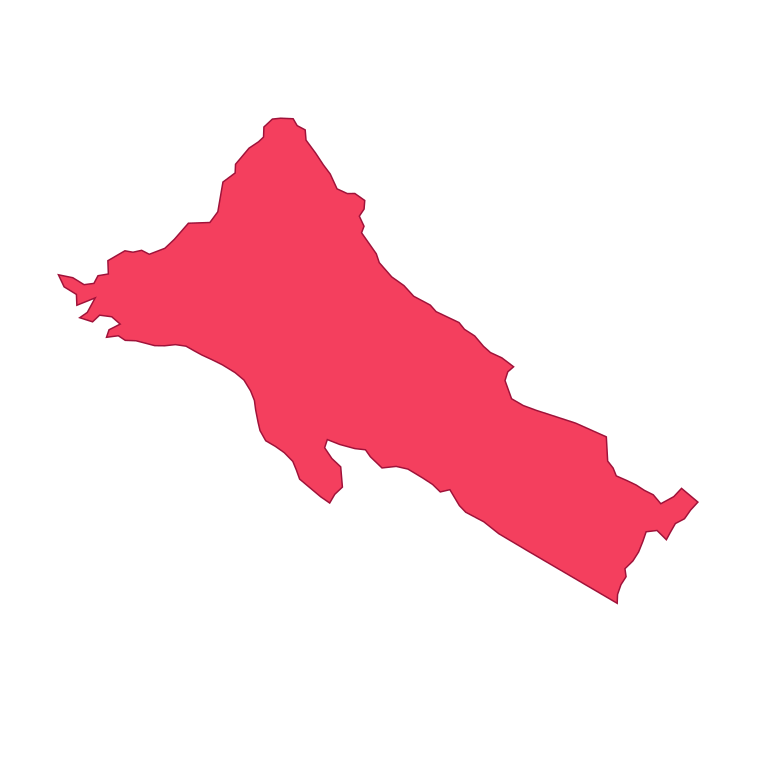 Portão, Rio Grande do Sul, Brazil, rotated 130°
{"feature_id": "56859067B47058469819557", "entity_name": "Portão", "entity_type": "district", "adm_level": 2, "iso_a3": "BRA", "parent_name": "Brazil", "parent_adm1": "Rio Grande do Sul", "projection": "natural_earth1", "projection_center": [-51.245, -29.693], "detail": "fine", "context": "isolated", "style": "filled", "palette": "rose", "viewbox_px": 768, "rotation_deg": 130, "n_neighbors": 0, "source": "geoboundaries", "source_scale": "gbopen_adm2", "svg_char_len": 1940}
<svg xmlns="http://www.w3.org/2000/svg" viewBox="0 0 768 768"><g transform="rotate(130 384 384)"><path d="M239.2,624.1L246.9,634.1L252.8,639.8L264.3,641.2L272.3,635.0L279.1,635.8L290.1,639.0L311.1,639.0L318.0,633.7L332.8,637.2L358.9,622.0L372.2,621.2L386.6,637.2L408.0,637.6L420.9,639.1L435.5,647.2L437.4,655.6L444.4,661.0L448.5,668.1L467.0,674.8L476.9,665.9L484.9,672.7L493.4,670.9L500.7,677.6L502.6,690.7L509.6,703.6L515.2,691.5L513.1,677.2L521.1,669.9L503.7,660.6L519.9,657.3L528.8,659.7L523.7,647.2L514.1,646.1L507.5,635.8L507.7,624.6L519.2,629.5L526.6,626.6L517.8,618.5L516.9,610.3L510.3,601.8L506.3,593.4L502.0,584.3L495.7,576.6L487.9,569.1L482.3,560.0L480.6,550.8L478.8,541.9L476.2,532.4L473.2,520.2L471.0,505.4L471.0,493.8L475.0,481.8L479.9,472.7L486.4,465.6L494.3,455.8L499.4,449.0L503.5,438.1L501.6,427.1L500.7,416.3L501.9,404.1L506.3,395.7L511.1,387.5L511.1,359.9L510.1,349.1L500.2,350.8L489.7,349.6L475.3,363.9L474.6,376.0L471.0,388.5L463.0,391.7L458.8,379.1L452.2,364.8L446.3,355.9L448.5,347.7L449.6,331.6L439.3,321.7L433.8,311.0L431.1,293.9L429.7,282.2L430.5,271.5L422.6,265.6L428.7,248.1L429.7,238.9L425.4,219.0L424.9,199.8L419.5,166.8L402.1,64.4L395.1,69.8L385.4,73.5L376.0,74.7L370.6,80.7L359.6,79.6L349.0,81.0L338.3,84.5L328.7,88.2L320.7,80.7L321.8,67.6L313.6,69.3L303.6,71.1L294.1,67.2L283.5,68.1L272.7,67.6L272.7,89.0L284.0,89.6L297.8,95.0L295.8,106.5L298.1,116.1L299.3,125.9L301.8,135.7L305.1,147.0L301.1,154.5L299.3,163.1L281.6,179.7L290.8,212.0L306.3,250.4L311.0,263.5L313.3,276.8L303.6,293.5L295.1,297.0L287.5,295.8L288.2,310.5L291.5,322.7L291.2,332.0L288.9,345.4L290.4,357.5L288.7,366.0L295.1,390.6L293.8,399.2L297.7,417.7L295.8,432.0L297.0,446.9L294.1,465.6L289.2,473.6L282.6,498.4L276.0,500.7L271.3,510.8L262.8,511.7L255.8,516.7L256.8,528.8L261.7,534.5L264.7,545.4L257.7,560.2L255.1,571.4L251.1,584.8L247.3,600.5L240.0,607.7L241.9,616.6L239.2,624.1Z" fill="#f43f5e" stroke="#9f1239" stroke-width="1.5"/></g></svg>